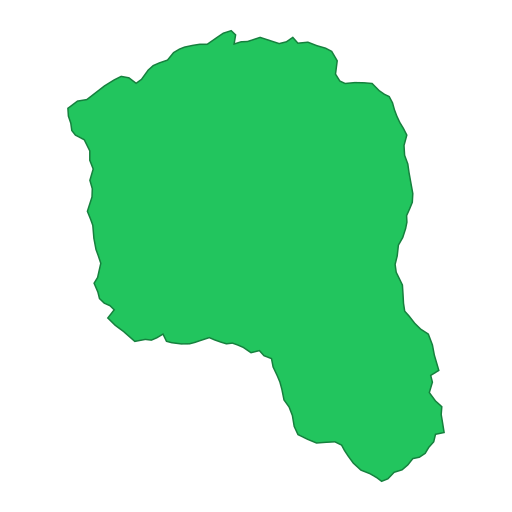 Cruzeiro, São Paulo, Brazil (Equal Earth projection)
{"feature_id": "56859067B26751630679552", "entity_name": "Cruzeiro", "entity_type": "district", "adm_level": 2, "iso_a3": "BRA", "parent_name": "Brazil", "parent_adm1": "São Paulo", "projection": "equal_earth", "projection_center": [-45.003, -22.562], "detail": "fine", "context": "isolated", "style": "filled", "palette": "green", "viewbox_px": 512, "rotation_deg": 0, "n_neighbors": 0, "source": "geoboundaries", "source_scale": "gbopen_adm2", "svg_char_len": 2092}
<svg xmlns="http://www.w3.org/2000/svg" viewBox="0 0 512 512"><path d="M67.9,108.3L68.4,116.1L70.8,123.2L71.8,130.5L75.4,135.1L84.3,139.8L89.8,150.9L89.8,160.3L93.2,169.0L89.9,180.3L92.3,188.7L92.0,197.0L87.4,211.3L90.6,219.2L92.8,225.3L93.9,238.3L96.0,249.5L98.2,255.5L100.8,263.3L97.6,277.5L94.1,283.2L97.9,292.1L99.5,298.6L104.3,303.2L110.0,305.7L114.2,309.8L107.8,318.0L115.3,325.4L123.3,331.3L134.8,341.4L145.3,339.4L151.4,340.1L156.8,337.8L163.0,334.1L166.5,341.3L171.7,342.7L181.2,343.9L189.5,343.8L194.9,342.4L200.1,340.6L209.3,337.6L214.6,339.9L220.8,342.1L226.4,343.8L232.4,343.1L237.5,344.9L243.3,347.4L251.0,352.7L259.4,350.6L264.0,355.7L271.5,358.6L273.1,366.9L277.3,375.8L279.9,382.0L281.9,389.4L284.0,399.9L289.1,407.0L292.4,415.5L294.2,426.4L298.0,434.6L307.6,439.3L316.5,443.0L325.7,442.3L334.9,441.8L341.6,445.1L344.5,450.5L348.0,455.8L353.3,463.1L360.9,470.1L370.0,473.7L377.0,477.8L381.6,481.3L387.9,478.8L394.1,472.3L402.1,469.8L407.9,464.8L412.8,458.6L419.4,457.2L425.2,453.3L428.8,447.3L433.7,441.8L435.5,434.3L444.1,432.5L442.5,422.4L441.2,414.6L441.8,406.7L435.5,401.0L429.3,392.6L432.4,382.2L430.7,375.4L438.8,370.4L434.3,355.0L432.4,344.9L428.3,334.1L420.6,329.1L414.7,323.3L409.1,316.1L404.7,311.2L403.5,303.3L403.0,294.2L402.4,285.0L399.2,278.4L396.2,272.3L395.1,264.4L397.2,255.9L398.4,245.1L402.7,237.6L405.6,228.6L406.9,222.2L406.6,215.6L409.6,208.9L412.3,202.3L412.8,193.6L410.4,180.3L409.0,172.5L407.8,164.0L404.6,155.3L404.0,145.5L406.8,135.1L403.4,128.4L399.8,122.5L396.8,116.1L394.4,109.7L392.5,102.8L389.2,96.6L384.4,94.3L379.1,90.6L372.1,83.5L364.1,82.8L354.8,82.6L345.1,83.5L339.8,81.0L335.5,74.1L337.2,60.8L331.7,51.4L325.6,48.2L316.9,45.7L307.9,42.2L297.9,43.2L292.8,37.4L286.4,41.8L279.2,43.6L260.1,37.4L247.6,41.5L241.1,41.8L234.1,44.0L235.6,34.9L231.2,30.7L223.3,33.2L217.1,37.4L207.2,44.3L199.6,44.3L192.7,45.4L184.6,47.1L179.5,49.1L173.6,52.6L167.5,60.1L159.4,62.9L153.2,65.6L148.2,70.1L141.5,79.4L136.1,83.3L128.9,77.8L121.2,76.4L114.2,79.9L104.5,85.9L86.8,99.6L77.5,101.1L67.9,108.3Z" fill="#22c55e" stroke="#15803d" stroke-width="1.5"/></svg>